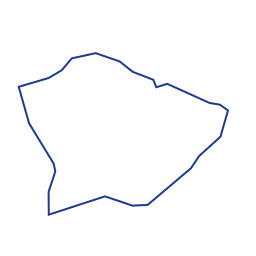 an SVG outline of Budapest, rotated 351°
{"feature_id": "HUN-3160", "entity_name": "Budapest", "entity_type": "Capital City", "adm_level": 1, "iso_a3": "HUN", "parent_name": "Hungary", "parent_adm1": "", "projection": "robinson", "projection_center": [19.116, 47.483], "detail": "fine", "context": "isolated", "style": "outline", "palette": "blue", "viewbox_px": 256, "rotation_deg": 351, "n_neighbors": 0, "source": "natural_earth", "source_scale": "10m", "svg_char_len": 445}
<svg xmlns="http://www.w3.org/2000/svg" viewBox="0 0 256 256"><g transform="rotate(351 128 128)"><path d="M107.7,49.0L130.1,60.9L141.5,73.3L160.6,84.4L162.3,92.2L173.6,90.5L212.4,116.0L222.4,119.3L229.5,126.3L218.0,151.0L193.9,166.8L184.0,177.5L135.4,207.0L120.3,205.4L94.5,191.9L36.2,201.2L39.6,178.6L49.4,159.6L49.0,151.5L31.0,107.8L26.5,70.2L57.5,66.2L71.5,60.6L83.4,50.4L107.7,49.0Z" fill="none" stroke="#1e3a8a" stroke-width="2"/></g></svg>